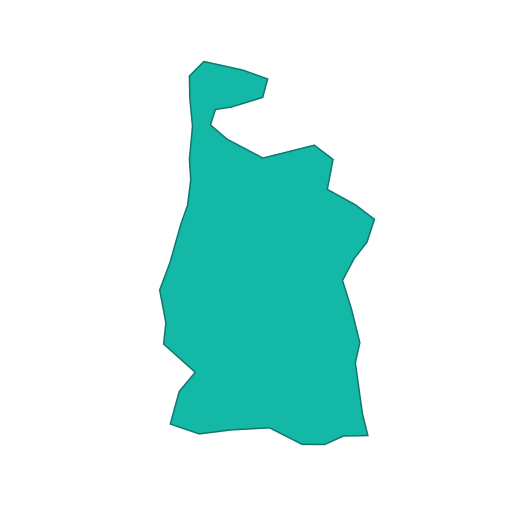 the district of Xyliatos, Nicosia, Cyprus, rotated 346°
{"feature_id": "46923920B57039776858603", "entity_name": "Xyliatos", "entity_type": "district", "adm_level": 2, "iso_a3": "CYP", "parent_name": "Cyprus", "parent_adm1": "Nicosia", "projection": "albers", "projection_center": [33.036, 35.022], "detail": "fine", "context": "isolated", "style": "filled", "palette": "teal", "viewbox_px": 512, "rotation_deg": 346, "n_neighbors": 0, "source": "geoboundaries", "source_scale": "gbopen_adm2", "svg_char_len": 776}
<svg xmlns="http://www.w3.org/2000/svg" viewBox="0 0 512 512"><g transform="rotate(346 256 256)"><path d="M145.1,319.1L168.9,354.1L148.7,368.9L132.2,398.3L157.9,414.9L189.1,418.6L227.6,426.0L255.1,449.9L277.1,455.5L297.3,451.8L321.1,457.3L321.1,435.2L323.0,416.8L326.6,383.6L335.8,365.2L335.8,330.2L334.0,300.7L350.5,282.3L367.0,269.4L379.8,249.1L365.1,230.7L341.3,208.6L354.1,181.0L339.4,162.6L319.3,162.6L286.3,162.6L256.0,135.5L255.4,134.6L243.5,117.8L252.1,104.0L259.5,104.7L260.7,104.8L267.9,105.5L300.9,103.7L310.1,87.1L288.1,72.4L252.5,54.7L234.9,65.3L231.0,82.5L230.9,82.6L229.9,87.2L225.8,114.7L222.0,125.6L214.8,146.0L211.1,166.3L201.9,190.2L190.9,206.8L170.8,241.8L154.3,265.7L152.4,298.9L145.1,319.1Z" fill="#14b8a6" stroke="#0f766e" stroke-width="1.5"/></g></svg>